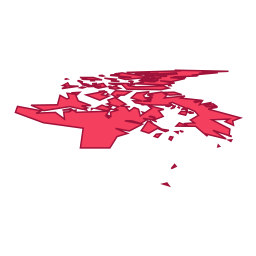 Nunavut, Equal Earth projection
{"feature_id": "CAN-634", "entity_name": "Nunavut", "entity_type": "Territory", "adm_level": 1, "iso_a3": "CAN", "parent_name": "Canada", "parent_adm1": "", "projection": "equal_earth", "projection_center": [-85.605, 67.518], "detail": "fine", "context": "isolated", "style": "filled", "palette": "rose", "viewbox_px": 256, "rotation_deg": 0, "n_neighbors": 0, "source": "natural_earth", "source_scale": "10m", "svg_char_len": 5824}
<svg xmlns="http://www.w3.org/2000/svg" viewBox="0 0 256 256"><path d="M76.4,112.3L108.9,111.2L106.4,114.5L110.5,116.4L106.2,116.2L108.5,118.1L109.2,117.8L107.6,116.8L110.9,116.5L110.4,112.2L118.5,109.9L113.8,109.5L118.4,106.7L107.2,103.9L110.2,102.8L107.9,100.1L115.2,97.6L125.8,104.2L120.4,106.0L130.1,106.8L125.8,107.1L129.3,111.1L134.2,107.5L138.5,109.2L140.3,115.9L151.6,108.4L147.7,105.3L163.9,109.4L158.6,110.7L163.2,116.4L156.1,119.1L154.0,116.9L153.2,117.6L152.3,116.5L150.2,116.2L149.0,116.8L151.4,116.7L150.8,116.8L153.1,117.7L154.9,119.7L154.5,119.9L143.0,118.4L146.6,119.9L140.7,123.4L131.8,120.8L124.8,120.8L142.4,124.2L129.3,131.0L115.5,128.4L127.6,133.4L117.0,136.6L109.9,147.9L80.4,147.9L83.2,128.2L43.4,122.7L15.4,112.4L17.5,106.4L41.3,110.8L36.1,113.2L55.4,112.4L64.5,119.1L63.7,112.0L69.1,111.8L72.5,109.9L62.4,110.1L70.7,108.7L76.4,112.3ZM190.4,120.0L198.5,115.3L195.0,111.5L187.8,108.2L181.2,109.7L184.8,107.6L172.3,102.4L169.6,103.2L172.7,105.2L146.9,104.8L135.4,102.8L133.1,100.8L142.4,101.1L131.2,97.9L136.6,93.0L149.3,91.7L143.5,95.2L144.6,97.6L150.3,100.1L149.0,100.1L143.1,101.2L150.5,101.4L151.1,98.8L148.8,98.8L147.7,98.0L146.0,97.7L145.9,97.6L152.8,97.6L147.3,94.7L153.5,95.1L148.1,94.0L162.0,92.0L166.8,95.2L164.3,98.0L185.0,96.0L180.8,98.1L200.3,100.2L199.1,100.9L197.0,100.8L194.5,101.8L195.3,102.5L202.2,100.9L199.4,104.7L210.8,102.6L210.6,103.4L205.7,104.1L203.5,105.3L213.0,103.8L216.0,105.8L205.3,106.5L217.5,107.2L208.1,109.1L240.6,117.9L232.7,120.8L233.5,125.3L225.1,121.6L229.1,119.1L211.9,119.8L229.9,129.1L229.1,135.7L213.0,130.3L226.1,138.9L204.0,133.5L195.6,126.3L176.1,126.1L179.4,122.8L187.8,126.0L185.0,123.5L194.5,122.9L190.4,120.0ZM228.5,71.3L201.6,72.3L210.6,72.6L198.8,73.3L217.8,72.7L191.7,75.1L198.3,75.4L196.2,76.0L173.0,76.9L185.1,77.2L185.3,77.6L170.2,77.6L184.8,78.6L171.3,81.7L160.1,80.8L174.7,83.0L163.3,84.9L133.5,83.7L144.1,82.1L138.6,80.4L151.5,81.8L154.9,81.7L158.7,79.8L150.4,81.2L147.3,80.2L152.9,79.6L150.9,78.6L147.9,79.8L141.0,79.7L143.0,78.4L158.6,78.7L155.5,78.1L160.6,78.1L161.5,77.6L157.9,78.0L150.4,77.6L151.4,77.4L153.0,77.6L154.8,77.6L155.1,77.6L144.5,74.9L164.4,76.5L167.2,76.2L155.6,74.9L172.8,74.4L166.4,74.3L177.9,73.9L169.8,73.8L177.0,72.8L149.2,74.5L143.7,74.3L158.3,73.3L140.5,74.3L134.7,73.7L143.9,73.6L150.4,73.1L126.5,72.4L181.2,70.8L174.6,70.3L175.4,70.2L228.5,71.3ZM60.0,95.3L66.9,99.0L69.2,98.0L67.1,93.3L75.2,94.1L78.3,100.9L91.1,105.6L81.3,105.9L87.4,107.9L82.7,109.3L69.7,106.6L43.9,110.6L31.0,105.2L57.5,104.8L60.0,95.3ZM131.5,77.2L110.0,75.4L118.1,75.6L110.5,74.9L120.2,74.5L114.4,73.9L122.1,72.9L149.9,77.1L125.7,79.5L118.2,77.7L131.5,77.2ZM168.7,88.1L161.0,89.7L126.8,89.2L121.7,84.3L113.6,84.6L108.4,83.3L129.2,83.5L126.9,83.9L135.1,84.6L126.7,84.5L131.6,85.1L128.3,85.2L128.3,85.7L136.0,86.9L163.2,85.9L168.7,88.1ZM109.0,96.1L99.8,100.2L86.1,94.9L104.4,91.4L107.3,92.1L104.7,92.6L101.6,94.7L109.0,96.1ZM168.9,130.3L165.3,131.6L157.4,128.4L148.9,133.2L141.2,130.7L148.0,120.9L161.8,129.2L168.9,130.3ZM130.9,91.4L124.3,95.1L116.3,95.1L119.3,96.1L117.0,97.7L111.4,94.3L115.3,90.8L130.9,91.4ZM106.3,86.6L98.3,88.2L94.5,87.1L101.3,86.1L88.1,86.7L87.3,86.3L103.2,83.4L106.3,86.6ZM62.7,85.5L67.7,82.9L69.5,85.9L78.6,86.2L61.9,88.6L66.7,86.1L62.7,85.5ZM79.9,77.5L93.3,77.5L102.1,79.9L83.4,79.4L81.5,78.8L87.5,78.3L79.9,77.5ZM164.3,92.4L174.2,92.2L181.7,94.6L169.2,95.1L164.3,92.4ZM111.7,109.0L106.6,110.6L95.4,108.4L102.0,105.1L111.7,109.0ZM120.1,88.3L115.5,89.2L108.9,88.1L115.2,86.3L120.1,88.3ZM115.3,80.1L104.3,78.2L116.2,79.2L115.3,80.1ZM187.3,111.7L185.6,115.2L178.9,113.6L181.1,111.4L187.3,111.7ZM79.8,92.3L77.0,94.8L74.4,93.4L71.3,92.8L79.8,92.3ZM161.1,133.8L157.7,137.5L154.2,136.4L156.2,134.2L161.1,133.8ZM113.7,80.5L119.5,81.4L110.8,81.0L113.7,80.5ZM172.9,137.1L171.1,140.3L169.0,139.0L170.2,136.6L172.9,137.1ZM133.6,81.6L131.1,82.0L128.4,81.1L131.5,81.0L133.6,81.6ZM83.0,82.1L80.1,82.1L77.5,80.7L79.5,80.7L83.0,82.1ZM98.7,75.6L102.2,75.3L103.7,76.0L103.0,76.2L98.7,75.6ZM166.9,183.0L169.0,185.8L163.0,184.0L166.9,183.0ZM88.9,84.8L82.1,84.9L88.3,84.4L88.9,84.8ZM84.4,87.5L82.3,88.1L79.9,87.7L81.9,86.9L84.4,87.5ZM82.5,84.4L81.7,83.6L87.3,84.1L82.5,84.4ZM193.8,113.0L189.9,113.3L188.4,112.3L189.9,111.7L193.8,113.0ZM176.1,166.4L171.3,168.6L174.6,164.5L176.1,166.4ZM103.1,91.5L98.5,91.4L105.0,90.9L103.1,91.5ZM178.2,131.6L178.0,133.3L175.5,131.7L178.2,131.6ZM175.0,107.4L170.6,108.8L173.2,107.2L175.0,107.4ZM142.3,112.1L144.7,112.7L143.5,113.5L142.3,112.1ZM90.0,80.7L92.5,80.3L95.2,80.7L92.2,80.8L90.0,80.7ZM170.8,105.8L168.3,106.6L165.3,105.9L170.8,105.8ZM132.5,83.0L132.4,83.9L130.3,83.2L132.5,83.0ZM64.6,79.3L66.5,78.7L67.2,79.0L64.6,79.3ZM156.8,121.8L152.0,120.0L153.6,120.2L156.8,121.8ZM231.7,139.9L230.9,141.4L228.6,140.1L231.7,139.9ZM178.6,106.9L180.0,108.1L178.1,107.5L178.6,106.9ZM88.4,85.9L85.7,85.9L90.6,85.4L88.4,85.9ZM149.4,121.6L150.4,120.7L151.5,122.1L149.4,121.6ZM207.7,134.8L206.9,135.8L204.7,134.2L207.7,134.8ZM218.3,145.0L219.6,146.4L217.8,146.8L218.3,145.0ZM179.7,130.7L183.4,131.6L181.7,131.9L179.7,130.7ZM187.2,109.7L187.4,111.1L185.8,110.0L187.2,109.7ZM89.5,85.1L84.7,85.6L83.7,85.4L89.5,85.1ZM111.6,86.5L107.6,86.7L110.0,86.2L111.6,86.5ZM196.4,101.4L199.6,101.1L197.3,101.8L196.4,101.4ZM170.2,84.9L170.9,85.7L167.9,85.6L170.2,84.9ZM110.6,107.3L109.8,106.1L111.3,106.6L110.6,107.3ZM106.9,94.5L107.6,93.7L108.4,94.1L106.9,94.5ZM173.6,106.1L175.9,106.1L172.5,106.7L173.6,106.1ZM96.7,83.3L92.0,83.7L97.0,83.3L96.7,83.3ZM92.7,108.5L91.5,109.5L91.5,108.5L92.7,108.5ZM116.5,85.3L117.3,85.9L115.2,85.4L116.5,85.3ZM143.2,104.9L141.0,104.4L144.4,104.7L143.2,104.9ZM86.2,109.2L86.7,110.2L84.9,109.7L86.2,109.2ZM76.1,110.1L76.0,110.8L74.5,110.2L76.1,110.1ZM230.6,135.7L231.6,136.6L230.0,136.2L230.6,135.7ZM108.4,107.2L106.3,106.3L108.6,106.7L108.4,107.2Z" fill="#f43f5e" stroke="#9f1239" stroke-width="1.5"/></svg>